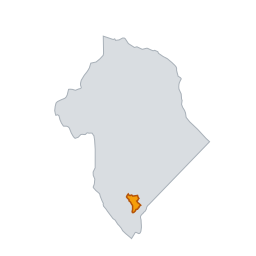 Uganda, with Mbarara highlighted, rotated 314°
{"feature_id": "UGA-3374", "entity_name": "Mbarara", "entity_type": "County", "adm_level": 1, "iso_a3": "UGA", "parent_name": "Uganda", "parent_adm1": "", "projection": "mercator", "projection_center": [30.545, -0.528], "detail": "fine", "context": "in_parent", "style": "filled", "palette": "amber", "viewbox_px": 256, "rotation_deg": 314, "n_neighbors": 0, "source": "natural_earth", "source_scale": "10m", "svg_char_len": 2776}
<svg xmlns="http://www.w3.org/2000/svg" viewBox="0 0 256 256"><g transform="rotate(314 128 128)"><path d="M174.8,196.2L171.7,196.2L166.6,196.2L161.5,196.2L156.4,196.2L151.3,196.2L146.2,196.2L141.1,196.2L136.0,196.2L130.9,196.2L125.8,196.2L120.7,196.2L115.6,196.2L110.5,196.2L105.4,196.2L100.3,196.2L95.2,196.2L90.1,196.2L87.1,196.2L86.5,196.1L86.1,196.0L84.2,196.4L82.2,197.6L80.1,198.1L77.8,197.9L77.5,198.1L76.4,198.0L74.7,198.0L73.3,198.3L72.1,199.4L70.9,201.3L68.9,203.4L67.2,205.3L65.8,206.7L62.7,209.0L60.9,209.6L60.1,209.5L59.5,209.1L58.5,206.2L57.9,205.8L51.7,207.2L50.8,207.3L50.9,206.4L50.4,199.6L50.4,195.5L51.2,192.9L51.6,189.9L51.7,187.3L52.8,182.8L52.4,180.1L53.9,170.7L54.3,169.2L54.8,164.7L55.7,163.3L56.6,162.7L57.6,159.9L59.6,155.5L61.0,153.2L60.7,148.2L61.0,144.7L61.3,144.0L64.3,142.7L68.2,139.6L69.8,135.9L72.1,133.5L76.6,132.0L89.9,119.2L96.1,112.4L98.8,108.8L98.9,107.6L99.4,105.9L98.4,104.6L97.1,103.5L96.6,102.4L95.5,101.8L93.9,101.9L92.9,101.1L91.7,99.5L90.5,98.6L86.7,98.6L83.8,97.1L83.8,94.9L85.0,90.7L87.2,85.8L87.3,84.5L87.0,83.3L86.5,82.4L85.5,81.4L84.5,80.2L85.3,76.7L86.7,73.3L87.8,71.6L88.9,69.7L88.6,68.1L87.0,67.3L87.8,65.8L89.6,63.2L93.0,60.6L96.0,58.9L98.0,58.9L101.8,60.3L105.4,61.9L107.3,62.0L109.6,61.3L114.5,58.4L115.6,59.3L117.1,61.1L118.6,64.0L121.6,65.3L123.1,66.2L124.2,66.5L124.7,66.3L125.9,64.0L127.3,62.7L129.9,61.2L135.6,59.9L139.7,59.5L141.4,59.2L144.3,58.5L148.8,56.2L153.3,59.2L158.2,59.8L163.0,59.7L164.4,58.8L165.2,58.1L170.2,53.1L176.9,46.4L181.4,55.9L182.9,56.5L182.7,57.3L182.3,58.1L185.2,60.4L188.9,61.6L190.1,62.8L190.3,64.0L189.0,69.6L189.3,71.2L190.4,76.7L192.6,78.0L194.5,83.6L198.3,86.0L198.9,86.7L199.8,89.4L200.9,92.3L201.9,93.0L202.4,93.2L203.6,96.4L202.9,98.1L203.8,103.5L205.2,108.3L205.6,114.1L205.6,116.6L205.6,118.2L205.3,120.4L204.6,121.6L203.3,122.8L202.0,124.8L200.8,126.9L200.1,127.9L200.6,131.0L200.5,131.8L200.2,132.2L198.4,132.7L196.2,133.5L194.8,134.3L192.9,135.9L191.4,137.6L189.4,142.6L186.0,146.5L185.4,147.8L182.2,150.1L180.8,153.0L179.9,156.5L178.7,159.0L176.0,162.5L175.3,168.0L175.4,178.9L174.7,191.3L174.8,196.2Z" fill="#d9dde1" stroke="#a8b0b8" stroke-width="1"/><path d="M77.4,174.8L79.0,174.2L80.7,174.0L80.3,175.7L81.2,176.7L82.0,176.9L82.4,177.5L82.3,178.6L83.0,179.3L86.1,181.7L85.3,183.1L85.1,183.9L84.9,184.8L83.8,184.8L83.2,185.1L82.7,185.2L81.5,185.0L81.3,186.0L81.3,186.5L81.1,187.1L81.3,188.3L81.3,190.8L79.8,190.6L79.1,190.6L78.9,190.8L78.7,191.0L78.4,191.1L78.1,191.1L77.7,190.9L77.2,191.0L76.8,191.2L76.0,191.1L75.4,190.6L74.8,190.3L74.2,190.7L73.4,190.9L71.4,190.8L70.5,190.4L70.3,189.9L70.7,189.1L72.6,187.9L75.1,185.5L75.6,184.5L75.7,183.5L76.4,181.4L76.4,180.3L76.3,179.3L77.2,178.5L77.1,176.5L77.4,174.8Z" fill="#f59e0b" stroke="#b45309" stroke-width="1.5"/></g></svg>